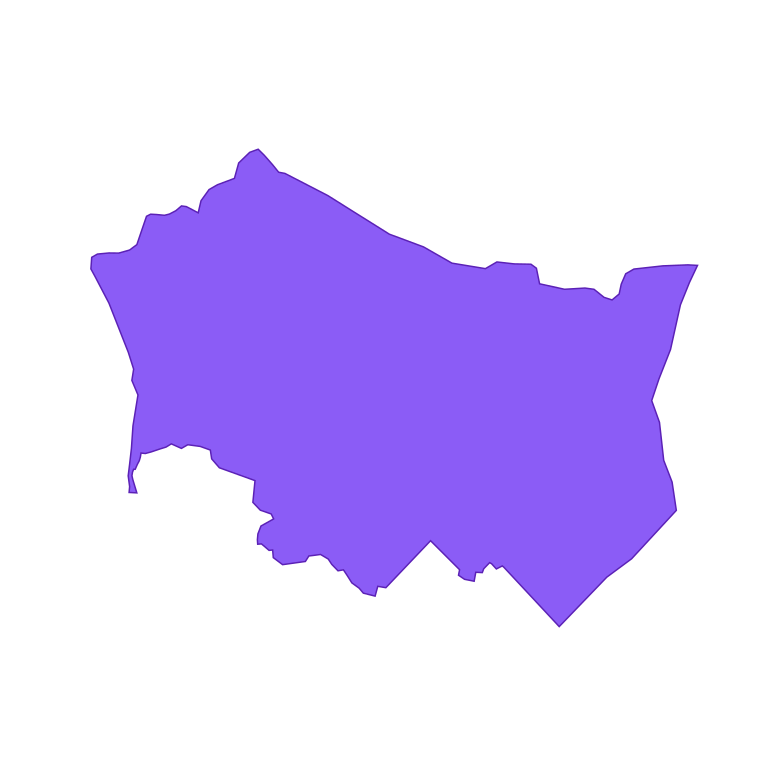 the district of Progreso, Canelones, Uruguay, rotated 9°
{"feature_id": "84410073B80692498878624", "entity_name": "Progreso", "entity_type": "district", "adm_level": 2, "iso_a3": "URY", "parent_name": "Uruguay", "parent_adm1": "Canelones", "projection": "natural_earth1", "projection_center": [-56.258, -34.654], "detail": "fine", "context": "isolated", "style": "filled", "palette": "violet", "viewbox_px": 768, "rotation_deg": 9, "n_neighbors": 0, "source": "geoboundaries", "source_scale": "gbopen_adm2", "svg_char_len": 1879}
<svg xmlns="http://www.w3.org/2000/svg" viewBox="0 0 768 768"><g transform="rotate(9 384 384)"><path d="M149.2,531.0L156.9,530.2L150.9,517.8L149.4,514.0L149.4,510.4L150.0,507.4L151.6,507.2L153.0,501.9L154.3,498.1L154.8,494.2L154.8,490.2L159.1,490.0L164.7,487.5L172.9,483.2L178.6,480.4L183.3,476.4L189.2,478.0L194.0,479.3L199.7,474.7L212.2,474.4L222.8,476.4L225.5,484.9L234.5,492.5L271.7,499.6L273.0,521.4L281.6,528.0L292.9,530.0L296.1,534.5L284.7,543.5L282.9,551.8L283.3,557.6L284.3,562.0L288.0,561.1L296.5,566.3L300.0,565.4L301.8,572.8L312.1,578.3L319.6,576.0L323.9,574.7L334.1,571.6L336.7,565.6L341.3,564.3L348.0,562.3L356.3,565.6L360.6,570.3L367.8,575.7L373.0,573.9L377.7,579.0L383.4,585.5L391.3,589.5L396.3,593.8L408.4,594.9L409.5,584.8L417.7,584.9L454.5,531.5L487.7,555.6L487.5,561.2L494.1,564.3L503.9,564.7L504.1,555.6L510.6,554.9L511.4,550.9L516.3,543.9L518.4,544.7L523.9,549.1L529.3,545.2L531.0,546.2L595.0,596.2L634.3,539.9L655.9,517.9L692.5,463.1L683.9,435.8L672.2,415.6L662.1,378.8L651.0,358.5L654.8,335.9L661.6,305.1L664.4,259.4L669.8,236.0L675.1,217.8L665.5,218.8L640.9,223.7L612.8,231.4L605.5,237.3L602.7,248.3L602.2,258.3L596.1,265.3L587.8,264.0L576.6,257.6L567.5,257.8L547.5,262.2L522.0,260.7L516.4,245.8L510.4,242.7L493.9,245.0L476.4,245.8L466.1,254.2L432.2,254.0L401.6,242.4L365.9,235.2L326.7,218.5L299.1,206.7L253.2,191.5L246.8,191.3L239.6,184.8L229.8,176.7L223.0,171.8L215.1,176.2L205.9,188.4L204.1,204.3L188.4,213.2L180.8,219.3L174.6,231.6L173.7,244.0L167.9,242.0L161.0,239.7L156.1,239.8L151.3,245.4L145.5,249.7L140.8,251.7L132.7,252.2L126.9,252.8L123.2,255.5L120.3,272.2L118.1,285.0L111.7,291.5L101.5,296.2L91.9,297.6L80.6,300.5L75.5,304.6L76.5,316.2L81.6,322.8L99.7,347.2L126.5,392.7L134.4,408.5L134.4,419.9L142.7,433.3L142.6,464.5L144.6,487.1L145.3,503.2L145.7,514.7L148.8,525.1L149.2,531.0Z" fill="#8b5cf6" stroke="#5b21b6" stroke-width="1.5"/></g></svg>